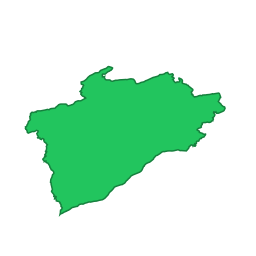 Yinmarbin, Sagaing, Myanmar, rotated 74°
{"feature_id": "60261553B62517193175445", "entity_name": "Yinmarbin", "entity_type": "district", "adm_level": 2, "iso_a3": "MMR", "parent_name": "Myanmar", "parent_adm1": "Sagaing", "projection": "equal_earth", "projection_center": [94.702, 22.309], "detail": "fine", "context": "isolated", "style": "filled", "palette": "green", "viewbox_px": 256, "rotation_deg": 74, "n_neighbors": 0, "source": "geoboundaries", "source_scale": "gbopen_adm2", "svg_char_len": 5765}
<svg xmlns="http://www.w3.org/2000/svg" viewBox="0 0 256 256"><g transform="rotate(74 128 128)"><path d="M86.5,216.4L87.1,217.2L87.2,217.7L88.4,217.9L88.5,218.2L89.1,218.2L89.8,219.2L90.2,219.4L90.7,219.2L91.9,219.6L92.6,219.4L93.6,220.2L94.3,221.9L96.2,223.0L97.2,224.2L98.2,224.7L98.5,225.4L98.7,226.3L99.6,226.2L100.0,226.7L101.1,226.6L101.5,226.0L103.5,225.8L104.5,226.0L105.4,225.3L105.0,220.9L105.5,219.5L105.5,218.5L105.0,216.6L106.1,215.2L107.2,215.8L108.2,217.2L110.4,217.0L110.9,216.6L111.7,216.6L112.4,217.6L112.7,217.5L113.4,215.4L114.4,215.5L114.9,214.8L114.8,214.1L115.0,214.1L114.5,213.1L114.9,212.5L115.8,211.9L116.2,212.0L116.4,212.3L118.1,212.3L118.3,212.1L118.7,212.0L119.1,211.6L119.3,211.2L120.0,211.1L120.4,210.8L121.1,210.7L121.8,210.1L123.2,211.6L124.4,211.6L125.5,212.0L127.0,212.8L127.3,213.2L127.8,213.4L127.8,213.6L128.6,213.3L128.6,212.9L129.0,213.1L129.1,213.4L129.4,213.7L129.4,213.9L129.9,214.0L130.6,214.7L130.4,214.9L130.7,215.3L131.5,215.4L131.7,215.2L131.7,215.4L132.2,215.4L132.3,215.6L132.6,215.3L132.7,216.1L133.2,216.1L133.5,216.9L134.4,218.4L135.0,218.5L136.1,217.8L136.8,217.6L137.2,217.8L137.1,216.3L137.2,215.9L138.3,216.3L138.8,216.0L139.7,214.7L142.6,213.8L144.6,213.8L145.2,213.5L146.4,213.4L146.9,213.3L146.9,213.1L147.3,213.0L148.1,212.2L149.5,211.6L150.9,211.7L151.3,211.9L152.1,213.4L154.3,214.7L156.2,216.4L159.0,217.5L159.8,217.0L160.8,217.4L166.1,217.6L166.9,218.1L167.5,218.8L168.1,219.0L171.6,217.6L172.3,217.5L173.0,218.1L173.4,218.2L173.7,217.9L173.8,216.3L174.2,216.0L174.6,216.1L175.3,217.8L175.9,218.1L175.9,217.3L176.3,216.8L176.9,216.7L178.3,217.0L179.7,214.7L180.3,214.2L180.9,213.9L181.7,214.1L183.1,213.5L184.9,214.0L186.4,213.2L188.1,214.3L188.3,215.4L189.1,215.8L190.9,216.4L192.4,217.2L192.0,216.5L191.9,215.1L191.6,213.6L191.3,212.9L191.0,210.1L190.8,210.1L190.6,207.9L190.2,206.4L189.1,203.8L189.2,199.4L189.4,198.2L188.3,196.2L188.1,195.5L188.2,193.8L188.7,192.4L188.8,191.8L188.4,190.1L188.5,188.1L188.3,186.0L188.9,184.4L189.1,180.8L189.6,178.2L189.6,175.3L189.9,172.3L189.2,169.7L186.8,165.6L184.9,163.7L183.6,160.9L182.2,158.7L181.1,157.5L180.8,155.6L180.6,151.3L180.6,150.0L180.8,149.3L180.6,148.5L180.0,146.3L178.2,144.0L177.8,142.8L177.3,142.2L176.3,140.2L174.9,138.2L174.4,135.8L173.7,129.0L173.1,127.3L172.1,126.0L169.4,123.8L169.2,123.0L168.9,122.7L168.5,122.7L167.3,120.5L166.9,118.5L166.8,116.8L166.5,115.7L164.9,112.1L164.0,111.5L163.6,110.7L162.3,108.8L162.3,107.3L161.5,104.6L160.5,102.1L160.3,101.2L160.3,100.5L160.7,100.0L161.0,96.2L161.5,94.1L162.2,92.1L162.5,90.2L162.7,85.8L164.1,84.2L164.4,82.9L166.1,78.2L164.6,75.9L163.9,75.0L162.7,74.3L162.3,73.0L161.6,71.9L162.5,70.6L163.4,70.5L162.6,69.5L162.7,69.0L163.8,69.0L164.0,68.5L163.5,67.8L163.0,67.5L161.7,68.3L161.4,68.1L161.7,67.2L161.5,66.4L159.9,65.9L159.7,65.1L160.1,63.7L159.8,63.3L159.2,63.0L158.2,61.7L158.0,61.0L158.3,60.4L157.6,59.6L157.5,57.3L156.9,56.8L156.4,56.0L155.8,55.3L155.2,55.2L155.0,56.6L154.6,57.4L153.9,57.6L151.9,60.6L150.7,60.3L149.1,62.1L148.7,62.1L148.3,61.7L148.1,61.1L147.7,60.3L147.7,58.3L147.6,57.6L147.3,57.2L146.2,57.2L145.4,56.3L145.3,55.9L144.8,55.5L143.8,55.5L143.6,53.3L144.1,52.6L144.2,49.9L144.6,49.4L145.1,48.3L145.1,46.8L144.9,46.7L144.6,45.7L144.2,45.2L144.4,44.4L143.7,44.2L143.0,43.5L142.4,43.7L142.0,43.4L141.4,43.7L141.2,42.9L140.4,41.7L139.4,40.9L138.7,40.8L137.2,41.6L136.5,41.4L136.1,41.0L137.1,39.7L137.2,39.3L136.9,39.0L138.3,38.7L138.7,36.8L138.1,32.1L137.7,30.9L135.9,29.3L134.5,29.3L134.0,29.8L133.9,30.3L132.5,31.3L131.8,31.8L130.5,32.1L128.6,33.3L127.4,33.9L125.5,32.0L124.6,31.6L124.4,30.7L124.0,30.4L120.0,30.7L119.4,31.3L119.1,33.6L118.7,37.0L118.4,37.2L118.3,40.1L117.7,43.2L117.7,43.9L116.9,47.1L117.3,47.7L117.1,48.8L116.8,48.9L116.7,49.1L116.5,50.4L116.6,51.0L116.5,51.6L116.8,52.5L116.6,54.4L116.4,54.8L116.6,55.4L116.4,55.7L114.3,56.9L114.1,56.5L113.8,56.5L113.5,57.2L113.0,57.5L112.7,57.1L111.8,57.1L111.4,57.3L110.9,57.3L110.5,56.9L110.3,56.1L109.8,55.4L109.1,55.1L108.5,55.2L107.8,55.8L106.0,57.0L104.9,58.0L103.7,58.3L103.5,58.9L101.8,60.2L101.8,60.7L100.0,63.3L99.4,63.4L98.6,63.3L98.5,63.0L97.5,62.6L96.3,62.8L95.4,63.5L94.9,64.4L94.5,64.5L94.1,65.2L94.8,65.6L95.4,65.2L95.8,65.4L97.0,65.1L97.8,66.2L97.7,67.1L97.3,67.8L97.3,68.9L97.6,69.4L97.3,70.1L95.6,71.0L94.2,71.2L93.6,71.6L93.3,70.6L92.9,70.0L91.8,70.3L91.3,71.5L90.7,71.6L89.6,69.9L89.1,69.9L88.1,70.4L88.0,73.2L87.6,73.7L86.7,74.3L85.5,74.5L85.4,76.6L86.0,78.2L86.0,80.4L85.4,82.6L85.9,83.5L86.4,85.0L86.4,89.7L86.3,89.8L87.4,96.6L87.4,97.8L88.0,100.0L87.8,103.0L88.2,104.9L88.1,106.3L87.8,107.6L87.1,108.2L84.5,108.5L83.2,109.0L82.5,109.5L81.7,111.2L81.4,112.4L81.2,115.8L80.8,116.6L80.5,118.0L79.4,122.9L79.2,125.1L78.7,126.9L78.8,130.1L78.3,131.2L76.8,132.2L75.8,135.6L75.0,136.5L73.1,136.7L72.9,137.0L72.4,136.9L72.0,136.4L71.8,138.5L69.6,138.0L69.2,137.4L69.9,135.2L68.4,132.0L68.3,130.4L68.0,129.8L67.8,128.4L66.8,126.8L66.1,126.3L65.4,126.8L63.6,129.6L63.6,130.4L64.6,132.3L64.7,134.4L65.1,138.5L65.6,139.3L66.6,140.5L66.5,141.9L66.0,144.3L66.8,147.4L67.2,150.2L68.3,152.6L69.6,154.4L70.3,156.1L70.8,157.6L70.9,160.4L72.8,160.8L73.4,160.3L74.0,159.1L74.8,158.9L75.5,159.8L77.1,160.6L77.2,161.6L78.3,162.0L79.1,162.8L79.4,163.7L79.7,164.1L80.5,163.5L81.1,162.7L81.6,163.2L82.0,163.8L82.7,164.0L83.1,163.5L83.8,163.5L84.9,162.8L85.6,161.7L86.6,161.4L87.0,160.5L87.6,160.4L88.8,165.7L88.7,166.6L88.1,168.6L88.3,171.4L89.8,173.5L90.2,174.8L90.1,175.9L90.3,176.9L90.2,179.6L89.8,180.1L88.5,180.4L87.9,181.1L86.5,185.9L86.4,187.2L86.6,188.4L87.3,189.5L88.0,191.4L88.8,192.5L88.8,193.0L88.1,196.7L88.3,198.0L88.7,198.8L87.9,200.4L87.9,202.5L87.4,207.5L86.6,210.2L86.8,211.8L87.4,211.9L87.0,213.1L87.0,215.0L86.4,215.8L86.5,216.4Z" fill="#22c55e" stroke="#15803d" stroke-width="1.5"/></g></svg>